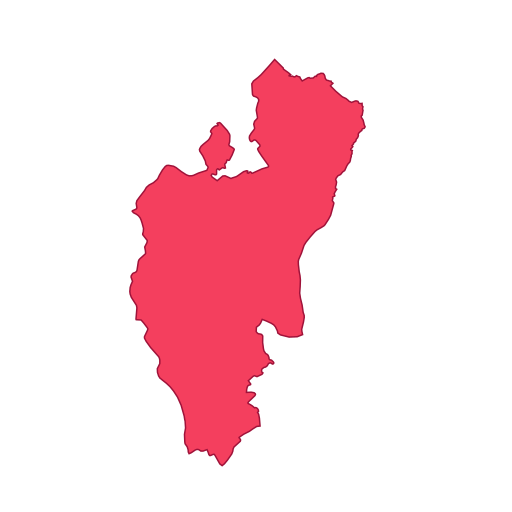 Nam Dan, Nghệ An, Vietnam (Robinson projection), rotated 229°
{"feature_id": "81297802B54877143810300", "entity_name": "Nam Dan", "entity_type": "district", "adm_level": 2, "iso_a3": "VNM", "parent_name": "Vietnam", "parent_adm1": "Nghệ An", "projection": "robinson", "projection_center": [105.532, 18.674], "detail": "fine", "context": "isolated", "style": "filled", "palette": "rose", "viewbox_px": 512, "rotation_deg": 229, "n_neighbors": 0, "source": "geoboundaries", "source_scale": "gbopen_adm2", "svg_char_len": 6141}
<svg xmlns="http://www.w3.org/2000/svg" viewBox="0 0 512 512"><g transform="rotate(229 256 256)"><path d="M120.0,92.9L119.9,95.9L120.7,100.6L122.5,107.8L123.9,110.4L125.5,112.3L126.3,114.1L126.5,122.6L127.0,123.4L127.8,123.9L130.0,124.0L130.2,124.5L129.6,129.7L128.0,136.1L127.6,140.3L126.9,144.7L125.0,147.5L131.4,152.2L134.9,154.2L137.0,154.6L137.1,156.0L138.2,156.7L139.6,157.0L140.6,156.9L141.4,156.6L142.1,156.0L142.4,155.3L145.1,154.9L147.3,154.3L149.9,153.3L150.5,153.6L150.9,154.8L151.3,163.5L151.8,164.7L152.5,165.1L154.0,164.9L156.4,163.0L159.3,159.3L161.4,161.4L162.7,163.2L163.3,164.4L163.3,165.5L162.5,167.4L162.8,168.0L166.9,168.4L167.1,174.8L166.7,176.3L164.3,177.6L162.8,182.8L162.9,183.6L163.2,184.5L163.6,184.3L164.5,184.3L165.7,184.9L166.5,185.7L166.8,186.4L166.7,188.8L165.9,190.4L165.8,191.8L165.8,192.5L166.6,194.7L166.5,195.5L166.1,196.5L165.7,196.9L163.7,197.5L163.3,198.1L163.4,199.0L163.8,199.4L164.7,199.6L167.2,199.4L168.6,198.4L169.4,198.3L170.4,198.7L170.9,199.2L173.1,200.0L174.5,199.9L176.1,199.3L179.3,199.8L181.3,200.9L186.4,204.3L191.2,208.6L193.0,208.8L193.8,208.4L195.9,206.7L197.7,206.4L198.9,206.6L202.0,209.6L201.8,213.2L202.4,215.5L204.1,219.1L199.9,221.3L195.2,223.4L192.5,224.2L189.9,224.2L185.4,223.0L183.5,221.9L180.4,222.7L173.1,227.8L168.0,234.2L166.1,239.6L168.9,241.1L170.7,242.4L175.1,248.6L178.0,252.1L179.6,253.4L182.5,254.6L188.7,258.6L194.9,261.8L199.3,264.6L204.0,269.3L208.8,273.8L212.3,276.3L215.8,278.3L221.5,282.2L224.1,284.3L225.3,285.8L228.3,292.1L232.5,299.2L233.6,302.7L234.8,309.2L235.8,316.7L235.7,319.3L234.7,323.8L234.2,327.1L234.3,328.4L236.1,334.7L237.8,339.1L244.5,349.1L245.1,349.6L247.7,349.9L249.2,351.9L250.2,352.4L250.2,352.9L249.7,354.4L249.7,355.0L251.7,355.9L252.6,358.0L253.4,360.7L253.9,360.5L254.9,360.4L256.3,361.7L257.0,363.0L258.9,365.3L261.6,366.4L262.2,367.7L262.8,370.5L262.0,373.3L262.6,376.5L262.3,379.0L264.6,384.0L264.9,385.3L265.2,386.1L265.3,388.0L265.5,388.7L266.3,390.0L267.4,391.2L268.6,393.2L269.5,393.8L270.2,395.6L271.9,397.0L272.4,397.9L273.8,397.1L274.1,397.2L274.5,397.6L274.7,398.2L274.7,399.0L275.0,400.8L276.3,400.8L276.6,403.1L277.2,403.6L277.2,406.6L278.4,408.4L278.6,410.2L279.6,412.2L280.7,412.9L281.3,413.9L281.5,416.6L281.3,418.2L282.0,419.0L282.1,419.4L282.0,420.1L281.4,421.3L281.4,421.6L281.9,423.1L284.4,423.9L285.1,424.4L288.3,426.0L291.6,426.5L292.6,427.3L292.6,428.5L295.8,432.4L296.8,432.7L297.2,433.0L298.5,434.7L299.8,434.7L301.6,436.2L302.3,435.1L303.6,434.0L304.0,433.9L305.7,434.4L306.1,434.3L306.8,433.7L307.2,433.5L307.9,432.6L309.2,428.9L311.9,427.7L312.9,427.7L315.9,427.2L319.4,425.6L320.5,425.4L328.0,424.3L335.6,423.8L335.9,427.4L337.9,426.9L338.6,427.4L339.8,426.3L341.1,425.6L342.3,424.7L342.9,424.6L344.8,424.9L346.6,426.0L348.3,426.5L349.9,426.4L350.5,425.6L351.3,425.0L351.8,423.2L352.4,422.1L352.5,420.0L351.9,419.5L352.9,418.4L352.8,416.0L354.6,413.5L355.8,413.2L356.5,411.9L357.8,405.7L360.9,406.0L362.2,406.5L362.6,406.4L364.1,405.4L365.6,404.8L365.6,403.4L365.8,402.7L366.8,401.9L367.8,401.6L368.5,400.5L370.2,399.2L370.6,399.5L370.2,401.1L372.5,400.8L379.0,399.3L380.0,399.9L392.1,399.0L390.8,389.9L389.5,378.9L389.4,374.6L389.7,368.8L388.7,365.8L380.3,359.4L379.3,359.1L378.2,359.1L376.4,360.2L374.5,360.9L373.5,360.9L372.2,360.6L370.9,359.3L370.2,357.7L367.3,353.5L365.8,351.8L361.0,348.9L359.6,348.0L359.0,347.4L358.6,343.3L357.0,340.8L353.5,338.9L353.1,338.5L352.7,337.6L351.8,333.0L350.8,329.8L349.5,328.4L347.9,327.5L346.6,327.2L345.5,327.4L345.1,328.0L344.8,330.8L343.9,331.5L343.1,331.8L337.4,331.8L336.7,331.4L336.2,330.9L336.0,328.0L335.8,327.6L335.2,327.2L333.0,326.6L327.8,325.9L316.3,324.8L315.6,324.5L315.3,324.1L315.3,323.2L317.8,317.8L320.8,307.7L321.1,307.2L322.9,307.1L323.4,306.7L323.4,305.1L323.6,304.4L324.5,304.0L324.8,304.3L325.3,305.5L325.8,305.4L326.6,304.7L327.8,302.0L328.6,294.3L328.9,293.0L330.6,289.1L330.9,288.0L336.8,285.3L338.2,283.4L338.3,276.1L344.4,274.7L346.3,275.1L346.7,276.8L346.2,277.3L344.1,278.4L343.6,279.0L343.6,279.7L343.8,280.1L346.8,282.7L347.0,283.3L347.0,284.2L346.8,284.5L345.1,284.7L344.7,288.3L344.4,289.0L343.1,289.6L342.6,290.2L342.5,290.7L345.5,292.4L345.9,292.9L346.0,294.8L347.2,296.6L347.4,297.3L346.2,298.1L345.9,298.5L345.9,299.1L347.9,304.2L350.6,309.4L351.3,309.7L351.8,309.7L353.7,309.2L356.7,308.2L357.9,308.6L359.5,311.1L363.9,315.2L365.2,315.9L369.6,316.6L379.2,316.4L380.5,316.1L381.6,314.2L381.5,313.5L379.7,313.3L379.5,313.0L379.6,312.2L380.7,310.8L381.0,309.5L381.0,306.5L380.2,303.9L379.5,303.2L378.3,303.2L377.4,303.0L376.8,302.0L375.1,298.0L374.7,295.7L374.9,289.5L374.8,286.5L374.1,284.4L373.4,283.1L371.9,282.3L366.6,281.6L361.0,280.1L358.0,278.4L355.2,278.4L354.3,278.0L353.0,275.4L353.1,274.6L356.3,267.1L357.9,261.7L358.8,260.0L360.4,258.1L362.9,256.7L368.7,255.0L375.1,253.7L377.8,252.7L381.8,249.5L382.9,248.0L383.1,246.2L382.3,241.9L380.4,236.2L378.8,232.6L378.6,231.0L378.6,226.7L379.7,222.0L379.7,218.3L378.5,214.8L376.8,206.3L375.9,202.4L374.3,200.1L370.5,197.7L370.2,197.0L370.1,196.1L371.2,192.6L371.1,192.0L369.1,191.9L365.8,193.2L363.5,193.7L360.9,193.6L358.6,192.9L355.7,191.7L350.6,189.2L348.1,186.7L347.3,185.3L346.4,184.5L339.1,184.1L338.7,183.8L337.6,182.4L335.8,177.9L332.4,175.9L330.4,174.4L330.2,173.8L330.1,166.9L329.9,165.2L329.2,163.8L323.2,156.7L322.7,155.4L322.9,153.9L323.6,152.1L323.6,151.1L322.9,148.8L322.1,147.9L317.9,146.2L316.3,142.8L314.8,140.4L312.0,137.5L309.9,136.1L306.6,134.8L297.2,133.4L295.0,132.1L287.1,124.0L286.5,123.8L283.5,126.9L282.9,127.3L279.0,127.3L273.0,126.9L272.0,126.6L271.2,125.5L268.4,119.1L267.9,118.5L267.0,117.9L263.5,117.1L255.8,116.4L243.8,116.5L242.4,116.1L240.5,115.1L237.9,112.8L235.7,107.6L232.8,105.3L229.4,103.8L226.8,103.4L218.7,104.9L213.8,105.4L208.1,105.2L201.0,104.2L192.5,101.6L182.3,96.8L179.0,94.7L178.2,94.4L172.4,90.0L168.3,85.0L162.4,80.3L160.8,79.3L157.1,78.9L154.2,77.6L152.5,76.3L150.7,75.8L150.0,78.1L149.4,83.0L148.8,84.5L148.1,85.3L147.1,85.9L145.0,86.4L143.5,88.1L142.0,92.0L139.5,91.2L137.1,90.2L135.9,90.1L135.3,90.7L134.4,93.5L133.8,94.3L132.5,94.3L122.8,92.3L120.0,92.9Z" fill="#f43f5e" stroke="#9f1239" stroke-width="1.5"/></g></svg>